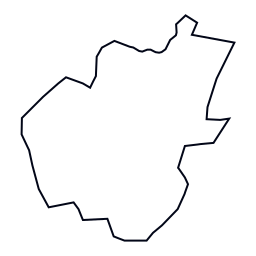 outline of Lubumbashi, Katanga, Democratic Republic of the Congo
{"feature_id": "63176286B7033307846906", "entity_name": "Lubumbashi", "entity_type": "district", "adm_level": 2, "iso_a3": "COD", "parent_name": "Democratic Republic of the Congo", "parent_adm1": "Katanga", "projection": "albers", "projection_center": [27.484, -11.656], "detail": "fine", "context": "isolated", "style": "outline", "palette": "ink", "viewbox_px": 256, "rotation_deg": 0, "n_neighbors": 0, "source": "geoboundaries", "source_scale": "gbopen_adm2", "svg_char_len": 968}
<svg xmlns="http://www.w3.org/2000/svg" viewBox="0 0 256 256"><path d="M170.2,39.9L165.5,49.3L161.6,52.1L159.1,52.7L155.7,52.2L154.0,51.4L150.7,49.7L149.0,49.7L147.2,49.7L144.3,50.8L142.3,51.6L140.7,51.3L139.1,51.0L133.3,47.5L130.9,47.0L129.6,46.7L114.4,40.9L101.9,47.6L99.1,52.6L96.7,56.7L95.9,76.1L93.2,81.3L90.1,87.7L82.8,83.4L66.0,77.3L58.3,83.4L43.1,96.8L21.9,118.0L21.6,134.4L27.6,147.1L29.1,150.2L32.4,165.4L38.7,188.8L38.8,189.1L48.7,207.3L56.4,205.8L73.6,202.4L78.5,209.1L82.9,220.0L107.4,218.8L113.7,236.4L118.2,238.2L124.5,240.6L146.6,240.6L153.0,232.8L161.8,225.5L162.5,224.8L177.7,209.1L180.1,203.8L184.6,193.9L185.2,192.0L188.0,184.2L187.8,183.8L184.9,177.5L178.4,168.1L178.1,167.8L184.9,146.0L197.6,144.5L200.4,144.1L213.5,142.9L229.2,118.6L220.3,119.9L206.6,119.2L207.5,107.1L214.8,84.2L216.6,78.6L234.4,42.6L191.9,34.8L197.1,22.7L185.6,15.4L177.7,22.9L176.1,24.3L176.6,32.5L175.9,35.3L170.2,39.9Z" fill="none" stroke="#020617" stroke-width="2"/></svg>